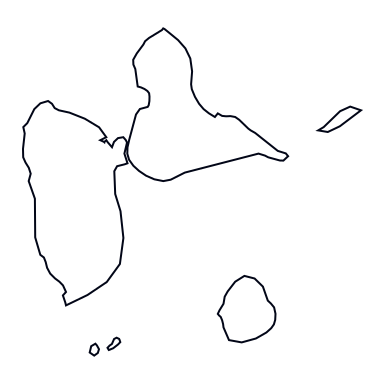 SVG path tracing the border of Guadeloupe
{"feature_id": "FRA-4603", "entity_name": "Guadeloupe", "entity_type": "Overseas department", "adm_level": 1, "iso_a3": "FRA", "parent_name": "France", "parent_adm1": "", "projection": "natural_earth1", "projection_center": [-61.48, 16.18], "detail": "fine", "context": "isolated", "style": "outline", "palette": "ink", "viewbox_px": 384, "rotation_deg": 0, "n_neighbors": 0, "source": "natural_earth", "source_scale": "10m", "svg_char_len": 2156}
<svg xmlns="http://www.w3.org/2000/svg" viewBox="0 0 384 384"><path d="M125.9,140.2L127.0,142.6L124.4,153.6L127.5,163.3L124.7,164.3L117.1,166.2L114.3,171.2L115.2,194.0L120.5,211.2L123.4,238.0L119.9,264.0L106.8,282.0L87.5,295.0L66.0,305.4L65.3,302.5L62.9,295.4L66.0,292.0L63.0,285.4L59.4,281.7L55.1,278.5L50.2,273.6L47.1,267.8L45.7,262.1L43.9,257.5L40.3,254.8L35.2,237.4L34.9,198.7L28.7,181.1L30.7,173.7L28.8,167.8L25.5,162.5L23.2,157.3L23.0,148.9L24.7,133.5L23.3,127.1L27.3,123.1L34.3,109.1L40.4,103.3L48.1,101.0L52.0,103.8L54.7,108.1L58.9,110.3L69.4,112.6L84.8,118.7L99.1,127.3L106.3,137.2L100.3,140.2L103.8,141.8L104.4,142.3L104.5,141.8L106.3,140.2L107.6,142.1L112.0,147.2L114.0,141.9L118.0,138.1L123.3,137.2L125.9,140.2ZM129.1,140.3L129.1,140.2L136.0,114.5L139.9,109.0L147.7,106.9L148.7,105.2L149.4,101.1L149.5,96.5L149.1,93.2L147.4,91.0L144.5,89.0L141.0,87.4L137.7,86.5L135.3,69.0L133.4,64.6L133.2,59.8L136.8,53.4L143.4,44.5L145.1,41.2L149.1,37.9L162.0,30.0L163.2,28.4L164.5,29.0L178.1,40.1L185.4,48.4L190.3,58.5L192.1,71.4L191.1,84.3L191.8,89.2L195.0,96.9L199.1,103.8L203.6,109.1L208.9,113.3L214.9,117.0L217.8,113.4L222.1,115.9L226.2,116.3L230.4,116.1L235.2,117.0L239.2,119.8L248.3,128.6L250.7,130.4L255.1,132.9L277.8,150.9L285.8,153.4L288.1,156.2L283.4,160.6L279.9,160.5L268.2,157.3L265.0,155.6L258.5,153.6L184.8,172.6L170.7,179.7L163.3,181.1L154.3,179.3L146.1,175.7L139.0,170.9L133.4,165.8L129.1,159.8L127.3,153.7L127.5,147.3L129.1,140.3ZM275.5,313.8L275.2,319.9L273.9,324.4L271.2,328.2L266.4,332.5L255.9,338.5L241.7,342.4L229.0,340.1L223.5,327.4L223.1,324.1L222.1,320.2L220.7,316.9L219.1,315.5L217.8,313.9L219.5,310.3L223.5,303.8L224.7,296.7L227.7,291.4L235.2,281.7L244.4,275.9L254.6,278.5L262.9,286.6L267.8,300.6L270.9,303.5L274.1,307.4L275.5,313.8ZM361.0,110.3L339.8,126.3L327.8,132.0L318.2,130.4L323.7,127.1L340.1,111.2L350.2,106.6L361.0,110.3ZM95.4,343.7L96.9,345.4L99.0,349.2L97.8,353.0L94.2,355.6L89.7,352.5L91.2,346.2L95.4,343.7ZM119.7,340.2L119.9,341.0L120.3,342.1L118.0,344.5L113.1,348.3L108.8,350.0L107.5,347.8L109.7,345.5L111.9,344.0L114.1,339.0L116.6,337.7L119.1,338.9L119.7,340.2Z" fill="none" stroke="#020617" stroke-width="2"/></svg>